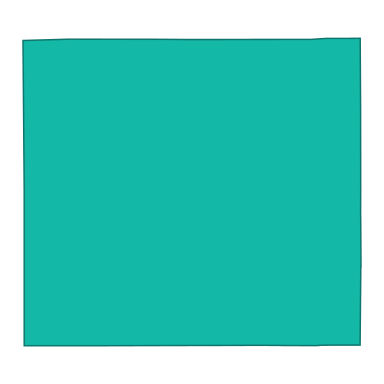 McHenry, Illinois, United States of America (Mercator projection)
{"feature_id": "52423323B91863423304632", "entity_name": "McHenry", "entity_type": "district", "adm_level": 2, "iso_a3": "USA", "parent_name": "United States of America", "parent_adm1": "Illinois", "projection": "mercator", "projection_center": [-88.357, 42.325], "detail": "fine", "context": "isolated", "style": "filled", "palette": "teal", "viewbox_px": 384, "rotation_deg": 0, "n_neighbors": 0, "source": "geoboundaries", "source_scale": "gbopen_adm2", "svg_char_len": 522}
<svg xmlns="http://www.w3.org/2000/svg" viewBox="0 0 384 384"><path d="M24.2,345.7L101.8,345.7L178.8,345.5L231.2,345.4L231.4,345.4L257.5,345.3L279.4,345.4L282.6,345.5L316.6,345.6L321.5,345.2L334.3,345.1L360.1,345.1L360.8,266.9L361.0,266.8L360.7,218.5L360.6,213.6L360.7,188.5L360.6,127.7L360.6,110.6L360.2,38.3L359.7,38.3L348.6,38.4L326.6,38.4L312.6,39.3L312.2,39.4L290.3,39.4L215.5,39.5L186.3,39.5L156.1,39.3L133.8,39.3L68.7,39.2L23.0,40.5L24.2,189.4L24.2,345.7Z" fill="#14b8a6" stroke="#0f766e" stroke-width="1.5"/></svg>